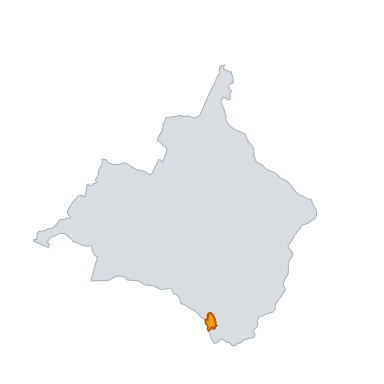 Irumu, Orientale, Democratic Republic of the Congo (highlighted), rotated 114°
{"feature_id": "63176286B75372177576839", "entity_name": "Irumu", "entity_type": "district", "adm_level": 2, "iso_a3": "COD", "parent_name": "Democratic Republic of the Congo", "parent_adm1": "Orientale", "projection": "albers", "projection_center": [29.863, 1.267], "detail": "fine", "context": "in_parent", "style": "filled", "palette": "amber", "viewbox_px": 384, "rotation_deg": 114, "n_neighbors": 0, "source": "geoboundaries", "source_scale": "gbopen_adm2", "svg_char_len": 6761}
<svg xmlns="http://www.w3.org/2000/svg" viewBox="0 0 384 384"><g transform="rotate(114 192 192)"><path d="M314.3,248.2L289.1,252.1L289.6,253.5L289.3,254.9L288.7,256.1L286.1,259.1L282.3,261.9L282.3,262.5L284.2,265.6L285.4,269.9L285.1,277.3L285.6,279.3L285.5,280.9L284.2,282.6L281.7,291.5L283.4,295.8L288.4,299.9L291.3,302.8L296.3,303.9L297.0,303.8L297.4,301.3L301.3,300.3L301.3,316.1L301.0,317.0L300.3,317.2L299.3,316.7L299.0,315.2L298.0,314.6L293.2,316.5L291.9,316.4L290.6,316.1L289.6,315.3L289.3,314.1L286.0,309.5L284.3,309.2L282.4,305.0L274.8,302.0L271.9,301.8L270.4,300.8L268.9,297.5L266.4,295.4L265.8,293.1L265.3,292.8L263.8,293.2L262.5,296.9L260.8,297.8L257.6,297.9L249.9,296.8L244.3,294.9L242.9,295.0L240.7,293.3L239.8,290.4L240.3,288.2L239.9,287.9L231.4,289.7L229.3,290.8L227.4,290.5L226.9,289.9L227.7,288.4L227.3,286.7L226.7,286.0L224.2,285.4L223.4,283.6L221.9,283.3L221.3,283.6L221.0,284.8L220.0,285.2L215.0,284.6L209.7,286.1L202.7,285.6L199.3,287.5L198.8,287.4L198.1,286.5L197.5,283.5L197.8,282.6L198.9,282.0L199.3,280.8L198.9,277.7L199.2,277.0L198.9,275.2L197.8,272.3L196.4,269.9L193.2,266.4L192.7,264.7L192.9,260.7L194.0,254.5L193.9,249.8L192.6,246.8L192.4,243.5L193.2,237.6L192.4,236.2L176.5,235.6L175.8,235.1L175.5,234.3L176.3,230.8L166.6,231.6L163.6,232.3L161.8,233.7L161.2,235.5L161.1,238.0L159.7,240.4L159.2,244.6L156.5,245.0L153.8,245.0L148.6,244.1L143.6,245.2L141.1,246.3L139.8,245.7L135.2,246.1L134.7,245.8L129.6,237.6L127.3,234.8L126.9,233.5L127.1,232.2L126.4,230.5L124.1,226.3L123.7,224.3L123.8,221.3L123.5,220.2L121.4,217.6L120.0,216.7L118.4,216.2L92.4,216.2L83.8,215.6L77.5,215.9L74.4,215.6L73.5,215.2L70.6,215.7L69.1,216.8L66.8,217.4L65.4,217.1L62.8,214.0L66.5,213.5L66.7,213.2L67.1,205.9L66.2,204.9L68.1,203.7L71.4,200.5L74.5,199.4L74.9,198.7L75.5,198.8L76.6,200.2L79.3,202.0L82.6,200.4L83.0,200.0L83.4,196.9L84.3,196.6L85.7,197.3L86.5,197.3L87.9,196.5L92.1,194.9L93.4,197.0L92.2,198.8L92.7,200.1L92.8,202.1L93.4,202.5L96.8,202.8L97.8,202.3L104.5,195.2L106.2,194.4L109.0,191.6L112.7,190.3L114.3,188.1L116.5,184.0L117.5,178.2L117.3,168.1L117.6,166.8L122.1,162.3L126.8,154.1L129.9,151.9L132.2,151.1L135.8,148.1L138.7,145.1L138.3,141.4L139.0,138.4L140.6,134.6L141.1,130.5L140.7,126.2L140.9,122.6L143.1,117.0L143.3,110.6L145.3,105.2L149.1,98.4L150.9,93.2L150.6,88.2L151.2,84.5L151.0,82.3L150.3,80.4L150.7,79.2L152.1,78.7L153.9,76.8L157.1,71.9L160.6,69.5L163.0,68.8L165.4,68.9L167.1,69.3L169.7,71.3L172.7,72.9L174.9,74.8L177.1,77.8L182.4,78.6L184.7,79.7L186.1,80.1L186.6,79.8L187.7,80.0L190.2,80.9L192.3,80.4L202.1,82.5L203.3,81.5L206.1,76.3L208.1,74.5L211.5,74.4L214.1,75.4L215.5,75.4L227.7,71.0L229.3,70.8L233.7,71.9L236.6,71.2L237.7,71.4L240.2,70.7L242.2,67.5L243.9,66.8L261.3,70.2L264.0,68.6L265.3,68.4L269.1,69.6L270.3,71.5L272.6,73.2L274.3,75.9L276.9,77.4L278.2,78.8L279.7,79.9L282.9,80.2L286.9,77.8L289.8,78.0L292.6,79.4L293.6,79.3L295.8,77.9L296.9,76.3L298.0,76.0L299.7,76.7L301.1,78.1L302.3,80.2L306.7,84.8L310.9,86.8L311.9,89.7L313.5,89.4L314.2,89.7L315.3,91.5L316.1,91.8L316.2,92.6L315.2,94.3L314.2,97.5L315.5,99.5L314.4,102.4L313.9,105.4L315.2,106.2L317.0,106.1L318.6,107.7L319.9,107.9L321.2,109.6L320.9,111.0L316.7,115.9L310.5,121.9L308.4,122.6L307.3,123.7L306.5,125.4L304.7,126.9L303.3,127.5L303.2,131.8L301.0,136.3L300.2,137.2L299.1,144.5L299.3,145.8L298.1,151.7L298.3,157.3L295.3,159.0L293.2,161.7L292.3,163.6L292.3,168.1L288.8,170.9L288.6,171.5L289.5,174.7L290.7,175.2L290.7,176.2L293.6,179.6L293.4,190.1L293.5,191.1L295.0,193.6L296.0,198.4L294.9,204.4L298.7,215.4L297.0,219.4L297.8,223.3L300.1,227.3L305.5,231.3L306.9,232.9L308.3,235.1L309.6,238.5L314.3,248.2Z" fill="#d9dde1" stroke="#a8b0b8" stroke-width="1"/><path d="M308.1,117.2L308.3,117.0L308.6,116.8L308.5,116.5L308.4,116.3L308.3,116.2L308.1,116.0L307.8,116.0L307.7,116.0L307.6,115.9L307.5,115.7L307.4,115.6L307.2,115.6L306.9,115.6L306.6,115.7L306.4,115.8L306.2,115.8L305.9,115.7L305.7,115.7L305.3,116.1L305.3,116.3L305.1,116.4L304.8,116.2L304.5,116.2L304.2,116.2L304.1,116.3L303.9,116.1L304.0,115.8L304.6,115.3L304.6,115.2L304.4,115.2L304.0,115.0L304.0,115.3L303.9,115.4L303.8,115.6L303.3,116.2L303.3,116.3L303.2,116.3L303.0,116.5L302.9,116.7L302.8,116.9L302.7,117.1L302.6,117.3L302.3,117.2L302.0,117.2L301.8,117.2L301.6,117.1L301.4,117.2L301.2,117.3L301.1,117.5L300.9,117.5L300.8,117.9L300.8,118.0L300.7,118.1L300.6,118.3L300.5,118.7L300.4,118.9L300.3,119.1L299.9,119.2L299.8,119.3L299.7,119.2L299.4,118.9L299.1,118.9L299.0,119.0L298.9,119.0L298.5,119.6L298.4,120.1L298.1,120.1L297.9,120.2L297.7,120.4L297.7,120.5L297.7,120.8L297.5,121.0L297.4,121.1L297.2,121.2L297.1,121.3L297.0,121.5L297.0,122.0L296.9,122.0L296.9,122.3L296.8,122.5L296.6,122.5L296.6,122.4L296.4,122.4L296.5,122.5L296.4,122.6L296.1,122.6L296.0,122.8L296.0,123.0L295.9,123.1L295.9,123.3L295.8,123.5L295.6,123.6L295.6,123.8L295.6,124.0L295.6,124.3L295.6,124.5L295.4,124.6L295.4,124.8L295.3,125.0L295.1,125.2L294.9,125.3L294.8,125.2L294.7,125.4L294.6,125.6L294.6,125.8L294.8,126.0L294.9,126.3L295.0,126.3L295.2,126.5L295.3,126.6L295.4,126.8L295.5,126.8L295.6,127.0L295.7,127.3L295.8,127.5L296.0,127.6L296.3,127.4L296.5,127.3L296.6,127.1L297.0,127.1L297.2,127.5L297.2,127.8L297.4,127.9L297.6,127.9L297.8,127.9L297.7,127.7L297.7,127.4L297.6,127.1L297.7,126.9L297.8,126.9L298.1,126.8L298.3,126.8L298.5,126.9L298.5,127.0L298.8,127.0L299.0,127.1L299.0,126.9L299.0,126.7L299.2,126.4L299.3,126.4L299.5,126.3L299.6,126.5L299.8,126.8L300.1,126.9L300.4,126.9L300.5,126.8L300.6,126.6L300.7,126.4L300.8,126.3L301.1,126.3L301.3,126.3L301.5,126.2L301.8,125.9L302.0,125.9L302.2,125.7L302.2,126.0L302.2,126.5L302.3,126.6L302.4,126.9L302.4,127.0L302.5,127.0L302.7,127.3L302.7,127.5L302.8,127.6L303.0,127.8L303.2,127.7L303.3,127.5L303.5,127.6L303.4,127.5L303.5,127.4L303.8,127.3L303.9,127.2L304.0,127.2L304.3,127.1L304.3,126.9L304.4,127.0L304.4,126.9L304.5,126.9L304.9,126.8L305.0,126.7L305.3,126.6L305.5,126.5L305.8,126.5L306.0,126.6L306.1,126.4L306.3,126.3L306.4,126.2L306.4,125.8L306.5,125.8L306.6,125.7L306.8,125.4L307.1,125.1L307.0,124.9L307.2,124.7L307.3,124.4L307.3,124.0L307.4,123.9L307.5,123.9L307.7,123.5L307.9,123.4L308.0,123.3L308.1,123.2L308.3,123.0L308.5,123.0L308.6,122.7L308.9,122.4L309.3,122.5L309.5,122.4L309.7,122.5L309.8,122.5L310.1,122.3L310.4,122.2L310.8,122.3L311.3,121.8L311.6,121.3L311.8,120.9L312.1,120.4L311.9,120.3L311.8,120.2L311.6,120.1L311.4,120.0L311.1,120.0L311.0,119.9L310.9,119.9L310.7,119.7L310.4,119.6L310.2,119.5L310.1,119.4L309.9,119.2L309.7,119.0L309.2,119.0L308.8,119.0L308.6,119.1L308.6,119.4L308.6,119.5L308.2,119.5L307.9,119.2L308.0,119.0L307.9,118.6L307.7,118.5L307.6,118.4L307.4,118.4L307.2,118.5L307.1,118.4L307.1,118.1L307.2,117.6L307.1,117.3L307.0,117.2L307.4,117.0L307.7,117.0L307.9,117.1L308.1,117.2Z" fill="#f59e0b" stroke="#b45309" stroke-width="1.5"/></g></svg>